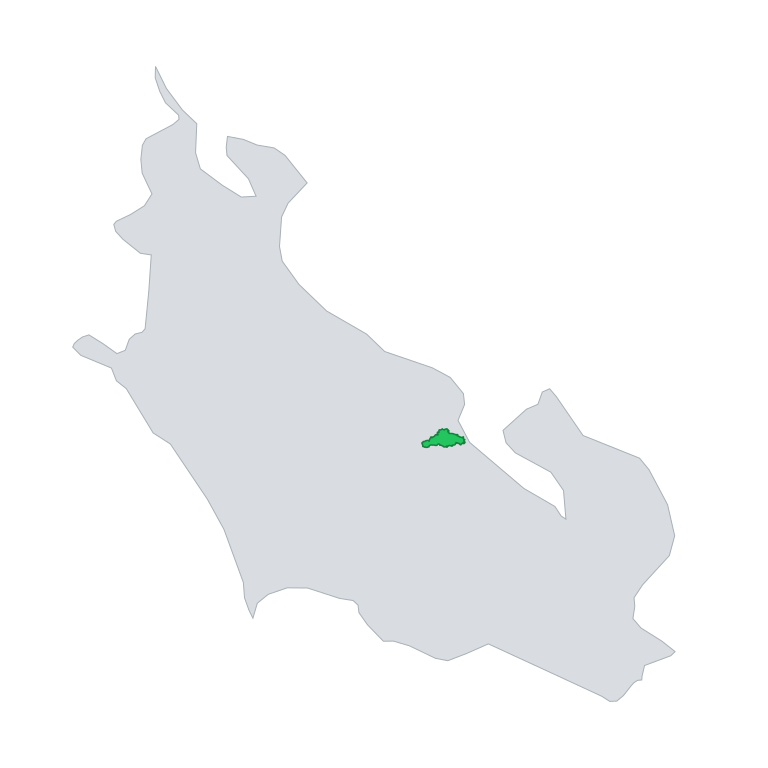 Orotina, Alajuela, Costa Rica shown in context, rotated 185°
{"feature_id": "36466004B51019647816434", "entity_name": "Orotina", "entity_type": "district", "adm_level": 2, "iso_a3": "CRI", "parent_name": "Costa Rica", "parent_adm1": "Alajuela", "projection": "orthographic", "projection_center": [-84.58, 9.893], "detail": "fine", "context": "in_parent", "style": "filled", "palette": "green", "viewbox_px": 768, "rotation_deg": 185, "n_neighbors": 0, "source": "geoboundaries", "source_scale": "gbopen_adm2", "svg_char_len": 6414}
<svg xmlns="http://www.w3.org/2000/svg" viewBox="0 0 768 768"><g transform="rotate(185 384 384)"><path d="M697.3,393.6L696.2,397.1L693.0,400.8L688.4,404.6L682.2,407.2L667.3,399.6L652.7,391.0L644.7,395.0L641.7,406.3L636.3,412.1L629.6,414.4L626.8,418.2L626.4,456.4L627.1,492.3L638.1,493.0L656.7,505.4L664.6,512.7L667.1,519.5L664.8,522.8L651.4,530.7L638.2,540.7L631.7,553.1L643.3,573.0L645.8,586.6L645.5,600.8L642.4,607.6L616.9,624.1L611.3,629.8L612.0,633.9L626.2,645.1L632.9,656.0L638.6,669.1L639.3,680.5L626.5,659.4L608.6,639.3L593.2,627.0L591.9,598.0L585.7,582.3L562.4,567.9L542.5,557.8L527.8,559.9L536.9,576.6L560.3,597.9L561.8,606.0L561.5,617.0L545.4,615.4L531.3,611.0L514.0,609.6L502.5,603.1L478.1,577.6L495.3,555.8L500.6,541.5L500.1,511.9L496.1,497.5L477.3,475.7L447.5,451.7L405.7,432.2L386.1,416.4L337.2,404.3L318.6,396.3L304.1,381.4L301.9,370.7L307.1,354.2L293.6,333.3L235.5,292.1L203.1,276.9L196.1,268.0L191.0,265.2L195.9,293.6L210.1,310.7L247.1,326.8L257.3,336.1L261.4,348.2L239.9,371.3L228.9,377.2L225.6,389.8L218.6,393.7L211.2,386.4L181.2,350.0L123.0,332.4L112.5,321.7L91.0,288.5L81.2,258.1L84.8,237.9L108.8,206.6L116.3,192.9L114.8,184.4L115.6,172.0L106.7,163.3L84.7,152.0L70.7,142.8L74.6,138.3L99.9,126.3L101.5,115.3L101.4,111.6L105.6,110.9L109.2,108.0L111.5,104.9L118.4,94.4L124.5,88.4L131.4,87.5L139.9,91.9L171.7,103.4L207.0,116.1L257.4,134.2L278.3,122.7L296.3,113.9L308.8,115.2L335.9,125.4L352.2,128.7L362.2,127.7L379.5,142.7L389.0,154.0L390.6,161.5L395.9,165.6L409.4,166.5L442.5,174.1L462.7,172.5L481.0,164.4L491.1,154.6L494.2,139.3L498.8,146.9L504.3,158.8L506.8,174.0L530.7,225.1L549.8,253.7L591.6,305.6L609.7,315.1L640.3,356.9L650.8,363.8L656.9,376.1L688.5,386.1L697.3,393.6Z" fill="#d9dde1" stroke="#a8b0b8" stroke-width="1"/><path d="M339.9,325.2L339.3,325.2L338.9,325.0L338.3,324.6L338.1,324.6L337.7,324.8L337.4,324.8L336.9,324.6L336.6,324.5L336.2,324.6L335.8,324.6L335.5,324.6L335.1,324.8L334.9,324.8L334.6,325.1L334.1,325.4L333.8,325.4L333.8,325.7L333.6,325.9L333.6,326.4L333.5,326.5L333.2,326.6L333.1,326.8L332.9,327.0L332.2,327.2L331.8,327.3L331.2,327.5L330.9,327.5L330.7,327.4L329.9,327.4L329.7,327.5L328.7,327.5L327.8,327.4L327.6,327.3L327.2,327.3L326.7,327.3L326.3,327.4L326.0,327.6L325.5,328.0L325.3,328.5L325.1,328.7L325.0,328.8L324.7,328.9L324.5,329.0L324.4,329.0L323.9,329.0L323.8,328.9L323.7,328.8L323.7,328.7L323.3,328.4L323.2,328.4L323.2,328.1L323.1,327.9L322.6,327.9L322.4,328.0L322.1,328.0L321.6,327.9L321.3,327.7L320.8,327.7L320.5,327.5L320.4,327.5L320.3,327.4L319.8,327.3L319.7,327.2L319.5,326.9L319.3,326.7L319.2,326.6L318.5,326.5L318.2,326.6L317.8,326.7L317.6,326.7L317.3,326.7L317.3,326.8L317.0,326.8L316.8,326.9L316.6,327.2L316.4,326.8L316.2,326.6L315.9,326.5L315.7,326.5L315.6,327.3L315.2,327.4L314.9,327.5L314.7,327.8L314.7,328.1L314.3,328.2L314.2,328.1L313.7,328.4L313.5,328.5L313.3,328.5L313.2,328.5L312.9,328.3L312.3,328.3L312.0,328.3L311.4,328.0L310.9,328.0L310.3,328.3L310.2,328.5L310.7,328.8L310.7,329.0L309.4,329.3L309.0,329.3L308.9,329.3L308.5,329.5L308.3,329.6L308.1,329.7L307.8,329.9L307.8,330.3L307.5,330.8L307.4,330.9L306.8,331.2L307.0,331.8L306.9,331.8L306.7,331.8L306.4,331.7L306.1,331.9L305.9,331.9L305.6,331.7L305.4,331.6L305.3,331.4L305.2,331.3L304.9,331.3L304.7,331.4L304.3,331.4L304.1,331.4L303.9,331.3L303.9,331.2L303.8,330.9L303.6,330.8L303.1,330.7L302.9,330.3L302.7,330.1L302.3,330.1L302.2,330.1L302.0,330.3L301.9,330.5L301.7,330.8L301.3,331.1L301.2,331.3L301.1,331.5L300.9,331.7L300.7,331.7L300.6,331.9L300.2,331.9L300.1,332.1L299.9,331.9L300.1,331.8L300.1,331.7L299.8,331.6L299.7,331.8L299.3,331.7L299.0,331.7L298.8,332.0L298.4,332.4L298.4,332.5L298.6,332.7L298.6,332.9L298.5,333.0L299.0,333.1L299.0,333.3L298.9,333.6L299.2,333.7L299.3,333.8L299.2,334.0L299.4,334.2L299.5,334.4L299.5,334.5L299.3,334.7L299.3,334.9L299.1,335.3L298.7,335.5L298.8,335.8L299.0,335.8L299.3,335.6L299.5,335.8L299.5,335.6L299.7,335.8L299.7,336.0L299.8,336.1L299.9,336.3L300.1,336.5L300.2,336.8L300.3,337.0L300.2,337.3L300.4,337.6L300.2,337.8L300.3,338.2L300.5,338.3L300.7,338.2L300.6,337.8L300.6,337.7L300.8,337.4L301.0,337.5L301.3,337.4L301.6,337.4L301.9,337.4L302.0,337.4L302.3,337.5L302.6,337.7L303.3,337.7L303.7,338.0L303.9,338.0L304.0,337.9L304.6,338.2L304.6,338.3L304.8,338.4L305.1,338.4L305.2,338.5L305.3,338.5L305.6,338.7L306.4,338.9L306.1,339.5L306.2,339.9L306.3,339.9L306.5,339.5L306.7,339.9L306.7,340.0L307.0,340.0L307.1,339.9L307.4,339.9L307.5,339.8L307.8,339.8L308.0,339.9L308.3,339.8L308.5,339.8L308.9,339.9L309.1,340.1L309.3,340.1L309.5,340.1L310.1,340.3L310.3,340.4L310.6,340.5L311.3,340.5L311.6,340.6L312.1,340.6L312.4,340.6L312.5,340.6L313.4,340.5L313.5,340.5L313.8,340.5L314.1,340.5L314.6,340.5L314.7,340.8L314.9,341.0L315.0,341.0L315.3,341.0L315.5,341.2L315.6,341.3L315.8,341.3L315.8,341.2L316.0,341.8L316.0,342.1L316.2,342.4L315.9,342.5L315.5,342.5L315.5,342.8L315.2,342.9L315.2,343.0L315.4,343.1L315.8,343.2L316.0,343.6L316.1,343.9L316.7,344.0L316.8,344.2L316.9,344.4L317.0,344.6L317.5,344.8L317.9,344.7L318.1,344.6L318.2,344.4L319.0,344.4L319.4,344.2L319.5,344.0L319.7,343.9L319.9,343.8L319.9,343.6L320.0,343.6L320.3,343.7L320.6,343.7L321.1,343.8L321.5,344.0L321.8,344.0L322.0,344.3L322.4,344.0L322.8,343.8L322.9,343.7L323.4,343.4L323.5,343.2L323.9,343.1L324.3,343.1L324.6,343.2L324.8,343.2L325.1,342.9L325.2,342.6L325.2,342.1L325.2,341.8L325.2,341.5L325.1,341.3L325.1,340.7L325.7,340.7L326.1,340.8L326.3,340.8L326.4,340.7L326.6,340.4L326.6,340.1L326.3,339.7L326.3,339.2L326.2,339.0L326.0,338.7L325.9,338.6L325.8,338.4L325.8,338.2L326.0,337.9L326.4,337.9L326.5,338.0L326.8,338.3L327.0,338.5L327.4,338.4L327.6,338.2L327.5,337.9L327.9,337.8L328.1,337.8L328.3,337.8L328.8,337.2L329.0,336.7L329.2,336.4L329.5,336.1L329.8,335.9L330.1,335.8L330.6,335.6L330.7,335.3L330.8,335.3L330.8,335.2L331.1,334.9L331.6,334.7L331.9,334.7L332.0,334.7L332.1,334.8L332.2,335.3L332.3,335.4L332.6,335.4L333.0,334.5L333.0,334.4L333.1,334.1L333.3,333.6L333.6,333.2L333.7,332.6L333.8,332.1L333.9,331.9L334.0,331.6L334.1,331.1L334.5,331.2L334.7,331.7L335.0,331.7L335.8,331.6L336.4,331.4L337.0,331.3L337.3,331.2L337.6,331.0L337.8,330.9L338.0,330.7L338.4,330.4L338.8,330.3L339.1,330.1L339.5,330.2L339.9,330.1L340.0,330.0L340.2,329.6L340.3,329.2L340.6,328.8L340.7,328.6L341.1,328.5L341.0,328.2L340.9,327.8L340.6,327.5L340.3,326.8L340.3,326.7L340.2,326.5L340.1,326.3L339.9,326.2L339.8,325.8L339.9,325.7L339.9,325.2Z" fill="#22c55e" stroke="#15803d" stroke-width="1.5"/></g></svg>